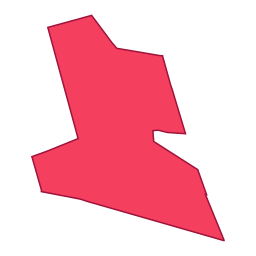 the district of Chipinge Urban, Manicaland, Zimbabwe
{"feature_id": "62879985B32287047423365", "entity_name": "Chipinge Urban", "entity_type": "district", "adm_level": 2, "iso_a3": "ZWE", "parent_name": "Zimbabwe", "parent_adm1": "Manicaland", "projection": "mercator", "projection_center": [32.63, -20.201], "detail": "fine", "context": "isolated", "style": "filled", "palette": "rose", "viewbox_px": 256, "rotation_deg": 0, "n_neighbors": 0, "source": "geoboundaries", "source_scale": "gbopen_adm2", "svg_char_len": 537}
<svg xmlns="http://www.w3.org/2000/svg" viewBox="0 0 256 256"><path d="M87.9,201.6L223.9,240.6L224.1,240.3L205.4,194.5L206.6,194.7L198.1,170.7L197.8,169.7L153.7,141.5L152.9,130.7L158.1,130.2L167.7,132.5L185.5,133.7L174.2,96.2L172.6,90.7L172.3,89.7L170.7,85.2L165.7,67.3L162.5,55.8L162.5,55.7L160.5,55.7L148.7,53.7L132.2,50.9L116.7,48.3L113.4,44.2L113.1,44.2L109.2,39.0L91.6,15.4L47.8,27.4L75.5,128.9L78.1,138.6L46.7,151.3L31.9,156.6L41.5,190.4L41.3,191.6L80.2,199.1L87.9,201.6Z" fill="#f43f5e" stroke="#9f1239" stroke-width="1.5"/></svg>